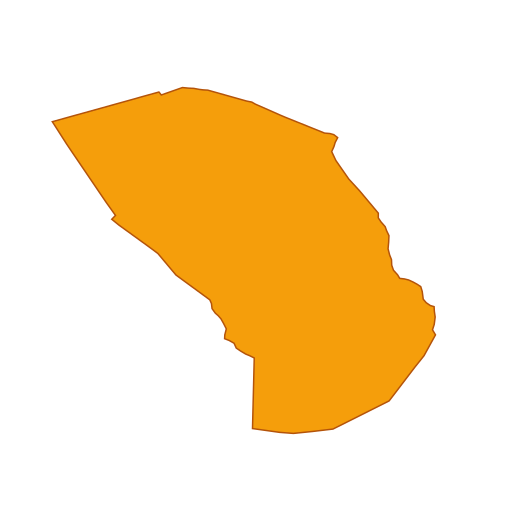 Atalaia, Alagoas, Brazil (Albers equal-area conic projection), rotated 253°
{"feature_id": "56859067B90455625956107", "entity_name": "Atalaia", "entity_type": "district", "adm_level": 2, "iso_a3": "BRA", "parent_name": "Brazil", "parent_adm1": "Alagoas", "projection": "albers", "projection_center": [-36.08, -9.497], "detail": "fine", "context": "isolated", "style": "filled", "palette": "amber", "viewbox_px": 512, "rotation_deg": 253, "n_neighbors": 0, "source": "geoboundaries", "source_scale": "gbopen_adm2", "svg_char_len": 1280}
<svg xmlns="http://www.w3.org/2000/svg" viewBox="0 0 512 512"><g transform="rotate(253 256 256)"><path d="M404.4,297.0L407.0,292.2L428.7,258.4L430.3,254.1L431.9,250.5L434.5,245.5L436.2,240.7L438.6,234.9L437.7,212.5L441.2,211.1L441.7,192.2L441.8,185.8L444.0,100.5L418.9,107.5L408.4,110.7L351.4,128.3L335.9,133.5L333.3,128.8L325.7,133.9L295.4,156.8L287.1,162.9L261.2,173.9L227.6,199.0L223.6,199.5L218.5,198.6L213.2,200.4L210.0,202.4L206.2,204.1L201.3,205.2L195.0,206.3L189.7,203.1L186.1,201.8L183.1,205.6L179.0,209.5L173.7,210.2L169.5,213.6L165.3,217.4L162.6,220.7L159.0,224.5L92.0,202.2L80.4,227.1L75.4,239.9L71.7,258.6L68.0,279.0L78.5,340.9L84.2,348.9L103.3,375.5L111.5,387.5L128.1,404.6L133.8,403.2L138.4,406.4L141.9,408.0L145.3,409.5L151.0,410.4L155.5,411.5L157.7,408.2L161.6,405.1L165.8,403.3L169.9,404.0L173.5,404.6L178.5,404.6L181.8,401.9L185.2,398.6L188.5,394.9L190.7,391.2L192.6,386.9L196.6,385.9L202.2,383.3L207.5,383.1L212.9,384.5L217.9,384.1L224.3,384.4L230.4,386.9L236.6,389.1L242.0,388.3L246.3,388.1L252.1,385.5L256.7,384.1L261.2,385.5L288.1,374.1L302.3,367.3L324.0,360.3L333.7,358.9L337.8,362.5L341.4,364.9L345.3,368.7L349.3,365.9L351.5,362.5L353.5,357.5L380.1,324.6L383.8,320.2L401.4,299.8L404.4,297.0Z" fill="#f59e0b" stroke="#b45309" stroke-width="1.5"/></g></svg>